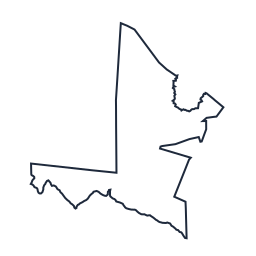 the district of Pedro II, Piauí, Brazil, rotated 96°
{"feature_id": "56859067B62049528503513", "entity_name": "Pedro II", "entity_type": "district", "adm_level": 2, "iso_a3": "BRA", "parent_name": "Brazil", "parent_adm1": "Piauí", "projection": "mercator", "projection_center": [-41.343, -4.536], "detail": "fine", "context": "isolated", "style": "outline", "palette": "slate", "viewbox_px": 256, "rotation_deg": 96, "n_neighbors": 0, "source": "geoboundaries", "source_scale": "gbopen_adm2", "svg_char_len": 2824}
<svg xmlns="http://www.w3.org/2000/svg" viewBox="0 0 256 256"><g transform="rotate(96 128 128)"><path d="M193.8,218.8L194.2,217.2L195.0,216.0L196.6,214.8L197.2,212.5L198.1,211.7L200.4,211.0L201.7,210.2L202.3,209.2L202.2,207.7L200.7,206.4L199.3,206.1L197.9,205.8L196.1,206.0L193.7,205.4L192.3,204.4L191.1,204.1L189.1,203.0L188.4,201.7L189.7,200.3L190.5,199.4L192.1,198.7L193.5,197.6L192.9,195.8L193.7,193.7L194.7,192.8L195.8,192.1L196.4,191.3L197.1,189.5L198.2,188.9L199.0,188.4L200.1,186.8L204.1,183.2L206.0,180.8L207.1,178.9L207.9,178.0L208.9,177.2L209.6,175.7L211.1,173.7L212.8,173.0L213.6,171.8L212.9,170.9L211.8,171.0L209.7,169.9L209.2,168.9L208.1,168.0L206.5,165.5L205.2,164.0L204.0,162.0L202.5,160.6L199.2,158.9L197.2,157.2L196.5,156.3L195.0,155.6L193.9,152.6L194.6,150.5L196.1,148.5L197.3,145.9L197.8,144.0L197.8,142.6L196.3,141.2L193.5,141.3L192.7,140.6L191.6,140.4L191.2,139.1L192.9,139.3L194.4,139.1L196.2,139.0L197.8,138.5L199.6,135.9L200.1,134.1L200.9,132.9L202.3,132.0L202.6,130.3L202.9,128.4L203.9,125.3L205.6,124.1L206.3,123.3L207.2,122.6L208.0,121.3L208.5,118.7L208.8,116.0L208.5,112.7L208.9,111.5L210.0,110.2L211.3,108.3L212.4,105.7L212.3,104.2L212.1,102.6L212.5,101.6L213.1,99.7L212.7,98.3L212.5,97.0L213.1,96.1L214.5,93.4L216.5,90.4L216.9,89.2L217.8,87.9L218.3,86.4L218.4,85.3L218.7,83.9L218.5,80.3L217.9,79.1L218.6,76.1L220.7,74.5L221.2,73.2L221.8,72.2L222.6,71.1L223.1,70.3L224.1,69.3L224.3,67.5L226.0,65.8L226.2,64.1L227.0,63.3L229.3,61.6L231.4,59.8L231.5,58.2L202.0,62.1L195.3,63.1L191.5,74.8L166.7,67.8L165.3,67.4L153.1,64.0L151.0,62.5L145.1,94.0L143.1,93.7L142.4,92.2L139.1,79.1L132.6,65.7L129.6,56.7L134.1,54.6L133.7,53.3L129.0,52.1L127.3,51.7L121.1,50.1L112.9,51.0L113.3,54.3L109.7,50.9L108.0,44.0L107.4,41.2L97.4,35.3L93.6,41.0L91.3,44.5L90.2,46.0L85.3,53.5L85.0,54.6L86.1,54.8L86.1,56.1L87.4,56.7L88.3,56.5L89.2,57.2L90.0,58.1L90.8,58.8L92.1,58.9L92.7,57.8L93.8,57.1L95.6,60.2L101.0,60.4L101.2,61.8L101.3,63.0L102.3,64.3L102.5,66.1L103.2,67.0L104.4,67.8L105.1,68.9L104.6,70.1L104.7,71.1L103.9,72.9L104.1,73.8L103.6,74.7L104.2,75.7L105.0,76.7L104.0,77.3L103.7,78.7L103.0,79.8L102.4,80.6L102.0,82.0L101.4,83.4L99.6,83.0L98.7,84.0L98.6,85.2L96.7,85.4L96.3,86.4L94.6,84.7L93.6,84.5L91.2,85.3L89.6,84.4L88.3,85.7L87.1,85.1L85.8,85.7L84.5,86.0L83.5,87.6L82.4,87.2L81.8,85.7L80.9,87.3L78.9,87.4L77.5,87.5L76.4,87.8L76.0,85.4L75.0,85.3L74.1,86.1L73.3,85.4L73.0,84.4L71.6,84.6L70.6,84.4L71.0,85.8L66.4,94.3L65.8,95.5L59.6,104.0L44.6,117.8L29.4,131.8L28.8,133.3L26.4,139.5L24.5,146.1L29.6,145.9L77.0,143.9L101.6,142.9L107.5,142.2L110.2,141.9L127.6,140.0L158.5,136.5L173.7,134.8L173.8,159.1L173.5,220.7L183.0,219.5L184.0,219.4L185.0,218.9L185.5,217.5L186.4,216.2L187.7,215.9L188.6,216.5L189.4,217.2L190.4,217.7L191.5,217.9L192.9,218.4L193.8,218.8Z" fill="none" stroke="#1e293b" stroke-width="2"/></g></svg>